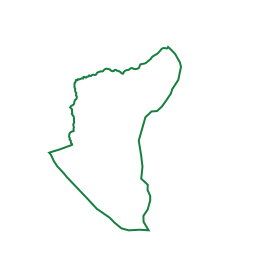 outline of Assoungha, Ouaddaï, Chad, rotated 210°
{"feature_id": "50815135B12284790062818", "entity_name": "Assoungha", "entity_type": "district", "adm_level": 2, "iso_a3": "TCD", "parent_name": "Chad", "parent_adm1": "Ouaddaï", "projection": "mercator", "projection_center": [22.07, 13.467], "detail": "fine", "context": "isolated", "style": "outline", "palette": "green", "viewbox_px": 256, "rotation_deg": 210, "n_neighbors": 0, "source": "geoboundaries", "source_scale": "gbopen_adm2", "svg_char_len": 3925}
<svg xmlns="http://www.w3.org/2000/svg" viewBox="0 0 256 256"><g transform="rotate(210 128 128)"><path d="M109.4,163.4L108.7,170.2L108.1,179.1L109.1,183.9L108.5,194.8L112.7,207.5L115.9,210.8L124.2,215.7L128.6,217.0L133.6,218.2L133.8,218.2L133.7,217.7L133.9,216.6L134.0,216.5L134.3,216.2L135.6,215.8L136.2,215.5L136.6,215.3L137.3,214.9L138.1,213.9L138.3,213.4L138.4,213.1L138.5,212.9L138.7,211.8L138.7,211.6L139.3,208.4L140.1,206.2L140.3,205.9L141.0,204.9L142.2,202.7L142.3,202.5L142.3,202.4L142.5,202.0L142.7,201.1L142.8,200.5L142.8,200.1L142.8,199.2L143.6,197.1L144.9,193.6L145.0,193.5L145.1,193.3L145.5,192.5L145.7,192.3L145.9,192.1L148.6,189.8L148.8,189.6L149.1,189.2L148.9,187.9L148.7,186.3L148.6,185.5L148.6,185.4L148.7,185.2L149.9,183.6L151.1,182.6L152.7,182.1L153.1,182.0L153.7,182.0L153.8,182.0L154.4,181.9L154.6,181.9L154.9,181.7L155.1,181.5L155.8,180.5L156.0,179.8L156.2,179.3L156.3,179.1L156.6,178.6L156.8,178.4L158.3,177.2L158.6,176.9L159.1,176.2L159.4,175.3L159.6,174.5L159.7,174.4L159.5,173.5L159.5,173.4L159.4,172.9L159.4,172.7L159.7,172.4L161.1,172.2L161.9,172.4L162.2,172.6L162.6,172.6L164.0,172.7L164.3,172.6L164.8,172.6L166.1,172.1L166.5,172.2L167.4,172.3L167.5,172.3L167.6,172.2L168.3,171.8L168.4,171.7L168.6,171.5L168.6,171.2L168.7,170.9L168.7,170.5L169.2,170.0L169.6,169.6L170.1,169.3L171.3,169.2L171.6,169.2L172.8,169.7L173.2,169.7L173.3,169.6L176.4,168.6L177.3,167.4L177.5,167.2L177.7,166.7L177.9,165.6L178.1,164.7L178.6,164.1L180.1,163.3L181.7,161.4L182.2,160.7L182.3,160.6L182.3,160.2L182.3,159.9L182.5,158.0L182.5,157.9L183.1,157.4L183.7,157.2L184.7,156.8L185.1,156.5L185.4,156.2L185.5,156.0L186.0,154.6L186.3,154.4L187.7,154.1L187.9,154.1L187.8,153.2L188.0,152.9L188.7,152.2L188.9,152.1L189.0,152.1L189.1,151.8L189.1,151.7L189.5,150.8L189.8,150.5L190.6,150.5L190.8,150.5L191.3,150.4L191.8,150.2L192.0,150.0L192.0,149.5L191.9,149.2L191.6,148.5L192.1,148.3L192.2,148.2L192.6,148.0L192.8,147.9L193.0,147.8L193.7,146.6L193.8,146.5L194.5,145.8L195.4,145.4L195.7,145.3L195.8,145.2L195.8,144.9L195.7,144.5L195.6,144.2L195.8,143.9L196.2,143.9L196.8,143.8L197.0,143.6L196.6,141.9L196.5,141.4L196.5,141.2L196.5,140.9L196.8,140.6L196.8,140.4L195.8,138.5L195.1,137.0L195.0,136.9L194.9,136.7L193.2,135.4L192.8,134.5L192.4,133.8L192.0,133.3L191.8,133.1L191.0,132.7L190.9,132.7L190.7,132.6L190.3,132.5L189.9,131.8L189.6,130.6L189.4,130.4L188.7,130.0L188.1,129.7L187.9,129.3L187.4,128.2L187.2,127.7L187.2,127.4L187.3,127.1L187.8,126.1L187.8,125.6L187.8,125.1L187.7,124.5L187.7,124.4L187.7,124.2L187.4,123.5L187.2,123.1L186.9,122.5L186.9,122.4L186.8,122.1L186.9,121.3L186.9,121.0L187.7,119.5L187.8,119.3L187.9,119.2L188.2,118.6L188.3,118.4L188.4,117.7L188.3,117.0L188.3,116.9L188.2,116.9L187.8,116.7L187.1,116.5L186.9,116.4L186.1,116.3L185.4,115.7L185.3,115.4L185.2,114.7L184.5,114.1L184.1,113.6L183.7,113.0L183.8,112.8L183.9,112.4L183.8,112.2L183.0,111.8L182.4,111.4L181.7,111.2L180.6,110.6L179.7,109.5L178.7,107.7L178.6,107.4L177.8,106.5L177.4,105.9L177.3,105.6L177.3,105.2L177.2,103.7L176.5,102.9L176.2,102.5L175.5,101.8L175.1,101.4L175.0,100.9L174.9,100.4L174.2,99.1L174.0,98.9L173.6,98.5L173.7,98.3L173.7,97.9L174.1,97.6L174.3,97.4L174.5,97.3L174.6,97.2L175.2,96.3L175.8,95.1L175.8,93.9L175.8,93.7L175.6,93.1L174.8,91.3L174.8,91.2L173.9,90.4L173.6,90.2L173.3,90.1L173.2,89.8L173.2,89.7L172.7,88.8L172.3,88.7L172.2,88.7L171.3,88.4L171.2,88.4L170.8,87.7L170.7,87.4L170.0,86.7L169.5,86.4L169.2,86.3L169.2,86.2L168.7,86.2L168.4,86.1L168.1,85.7L168.0,85.4L169.1,84.0L169.3,83.8L171.2,81.6L176.7,75.0L181.5,69.9L183.2,68.0L183.9,67.2L183.5,67.1L181.2,66.2L175.7,62.3L170.2,59.5L160.8,56.6L156.1,54.8L128.8,46.8L114.6,42.4L103.2,41.5L99.2,41.2L92.4,39.3L83.5,37.8L76.1,39.8L67.1,45.7L59.0,49.7L67.6,54.5L70.7,59.6L70.2,67.4L72.6,76.5L74.9,80.4L80.0,84.0L82.5,88.7L91.2,90.7L96.1,101.7L102.5,110.3L112.4,122.5L118.3,146.0L115.9,154.1L111.3,157.2L109.4,163.4Z" fill="none" stroke="#15803d" stroke-width="2"/></g></svg>